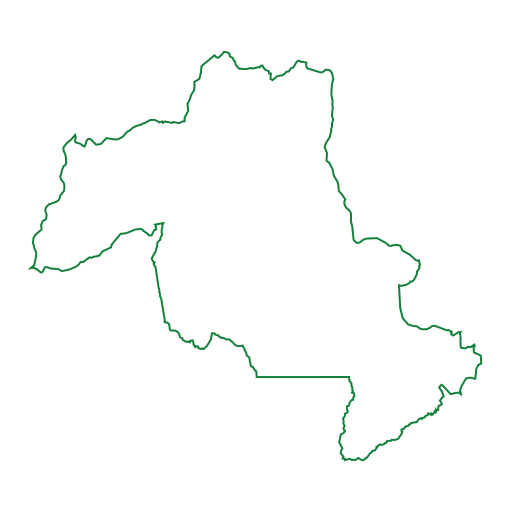 the district of Limon Indanza, Morona Santiago, Ecuador
{"feature_id": "8360857B43814367991628", "entity_name": "Limon Indanza", "entity_type": "district", "adm_level": 2, "iso_a3": "ECU", "parent_name": "Ecuador", "parent_adm1": "Morona Santiago", "projection": "robinson", "projection_center": [-78.303, -3.052], "detail": "fine", "context": "isolated", "style": "outline", "palette": "green", "viewbox_px": 512, "rotation_deg": 0, "n_neighbors": 0, "source": "geoboundaries", "source_scale": "gbopen_adm2", "svg_char_len": 5992}
<svg xmlns="http://www.w3.org/2000/svg" viewBox="0 0 512 512"><path d="M36.1,256.2L34.2,265.1L30.7,268.2L34.1,267.7L35.1,268.6L36.5,268.9L40.7,272.4L41.8,272.4L42.7,271.6L44.5,267.9L45.5,267.0L48.3,267.5L50.6,268.6L58.0,269.0L62.0,271.2L69.6,269.4L76.2,266.6L79.1,264.2L80.6,261.9L83.1,262.0L89.4,257.4L91.4,257.8L94.7,256.4L96.1,256.7L97.6,255.7L99.1,255.8L102.7,251.2L111.0,247.4L111.9,244.3L120.6,233.8L125.9,233.3L135.0,229.6L140.4,228.9L142.7,229.8L143.4,230.9L147.5,233.6L148.9,235.4L151.6,235.4L153.8,230.9L154.7,229.8L155.5,230.0L156.3,229.1L155.7,227.2L156.0,225.8L155.0,224.6L163.3,223.1L162.3,225.3L162.4,227.2L161.8,229.0L161.6,232.8L162.3,234.1L161.9,235.2L160.7,237.0L160.2,239.9L159.0,240.7L157.3,243.0L157.2,245.6L155.6,251.4L151.7,258.4L152.6,260.7L153.9,262.3L154.5,262.4L153.6,263.8L154.8,266.3L155.5,266.8L158.5,287.0L159.5,290.8L159.2,292.1L159.9,293.6L160.0,296.2L161.2,298.6L164.8,320.3L164.5,321.8L165.2,322.5L166.3,322.2L168.7,323.6L169.2,324.6L169.8,329.2L170.6,330.4L174.6,330.6L176.8,331.2L179.2,333.8L179.8,336.7L180.6,337.6L182.2,338.1L182.7,339.8L186.3,341.9L187.2,341.6L188.4,342.0L189.1,341.5L190.0,342.2L190.4,340.8L192.6,340.3L193.4,342.4L193.5,344.4L194.8,345.7L194.7,346.5L195.2,347.0L195.5,346.4L197.2,346.2L198.3,346.8L198.4,348.2L200.6,349.0L202.0,348.4L203.5,349.1L206.7,346.3L210.9,339.5L212.0,333.3L212.7,333.2L214.5,333.4L215.5,334.7L218.5,335.5L219.1,336.7L220.5,337.2L221.1,338.0L222.1,337.6L226.4,339.3L230.1,339.7L231.3,341.5L232.2,341.7L235.4,345.3L239.3,346.2L242.7,345.6L243.8,348.2L244.3,348.4L245.0,351.0L246.4,353.1L246.6,355.3L249.2,357.4L250.8,365.8L251.6,366.7L252.8,366.8L255.3,370.8L256.3,371.3L256.7,377.1L349.1,377.0L349.5,381.1L351.4,383.1L351.5,386.1L352.4,387.4L352.2,389.5L352.9,390.9L352.0,392.7L353.9,393.2L354.4,395.9L353.4,397.4L352.9,399.9L351.7,400.0L349.5,402.5L349.1,405.5L346.9,406.4L347.0,409.3L347.7,411.3L347.4,412.6L345.0,413.7L344.8,416.2L343.0,418.6L343.7,421.2L343.4,423.5L344.6,425.8L343.4,428.2L344.0,430.0L345.0,430.6L344.9,431.3L343.4,433.2L340.8,434.4L339.2,442.2L342.4,448.6L341.0,450.8L340.7,453.5L343.4,456.5L342.6,458.5L344.9,458.8L344.9,460.0L349.9,458.8L351.7,460.0L353.2,459.6L355.0,460.2L358.4,458.0L362.0,460.2L363.3,460.1L365.1,459.0L365.7,457.9L367.0,457.6L370.2,453.1L371.7,452.2L372.2,450.9L374.9,450.4L376.3,448.6L376.5,446.8L377.5,446.8L378.4,445.4L380.3,444.4L381.6,444.9L384.4,444.0L384.8,443.1L386.3,442.9L386.9,441.1L390.4,440.9L391.1,440.7L391.5,439.8L395.4,439.9L398.2,438.8L402.1,432.9L402.3,431.4L401.3,430.6L401.7,429.3L404.1,428.7L405.2,426.7L408.6,425.6L409.3,424.3L410.3,424.1L411.1,423.0L416.7,422.1L419.0,418.9L420.9,418.4L421.6,419.0L422.0,418.0L424.5,417.5L425.5,416.0L428.0,414.8L428.3,413.3L430.0,414.2L430.8,413.7L430.8,414.5L431.3,414.9L432.0,414.0L432.7,414.5L435.1,411.2L435.8,412.2L436.3,411.2L435.7,410.9L436.3,410.7L436.2,410.0L436.7,410.6L437.2,409.9L438.2,410.0L438.4,406.1L441.7,404.5L441.2,402.3L439.9,400.7L441.3,398.6L443.6,396.5L442.1,391.8L439.2,387.6L440.5,385.5L441.5,384.8L443.4,386.1L450.4,394.0L452.9,393.8L454.6,392.9L458.8,392.7L460.9,394.1L460.1,390.8L460.4,389.3L461.7,385.8L466.1,378.4L470.4,377.6L474.9,378.8L475.4,378.0L476.3,368.8L478.1,365.1L481.3,363.5L480.7,355.5L474.0,352.5L473.5,346.9L474.8,346.4L474.3,344.6L470.6,347.1L467.6,346.9L465.6,348.4L461.2,347.9L460.7,346.8L460.4,340.1L460.7,338.2L459.9,332.8L460.4,332.0L458.6,332.2L453.3,335.4L452.7,335.4L451.0,333.6L451.7,332.6L451.7,331.8L450.2,331.3L449.5,330.5L448.4,330.1L447.0,330.4L435.4,326.0L433.7,325.8L431.7,326.3L429.9,327.8L426.8,329.2L422.3,329.3L419.5,328.3L417.0,326.4L412.9,325.9L408.4,324.6L402.8,318.3L400.2,308.0L399.0,285.2L401.6,285.9L405.9,284.9L409.3,283.2L410.3,281.5L412.0,281.6L414.0,279.8L416.6,274.8L417.0,273.4L416.8,271.9L419.2,268.6L419.5,266.8L419.2,265.8L419.9,265.2L419.1,260.4L417.8,260.8L415.8,260.1L409.7,254.6L402.5,250.7L400.3,245.8L397.0,244.8L393.0,245.2L391.6,245.9L388.7,245.6L386.1,243.1L377.0,238.1L366.4,238.6L362.7,240.0L360.6,242.0L358.6,242.9L356.9,242.9L354.3,240.9L353.5,239.2L352.3,226.9L350.9,221.3L351.1,213.7L349.6,210.7L346.6,208.1L344.7,205.2L344.2,201.9L345.3,199.4L341.9,194.4L338.9,191.1L338.1,183.7L337.3,181.5L333.9,175.8L332.4,168.8L329.5,163.1L326.5,160.6L327.0,152.9L324.6,147.3L325.8,143.3L329.9,136.9L330.2,134.5L331.3,131.0L331.1,129.0L332.0,126.4L332.0,123.2L333.1,120.3L333.0,118.8L331.9,115.7L332.8,107.2L332.3,103.8L332.7,101.7L331.3,94.1L332.0,83.8L333.3,79.1L332.2,73.8L330.5,70.8L328.6,69.9L325.9,69.7L322.3,72.3L320.1,72.3L307.2,68.3L306.2,66.3L306.3,62.6L302.2,61.7L301.1,62.0L299.2,60.6L296.9,61.5L293.4,67.4L291.1,68.2L288.6,71.5L286.4,71.8L284.2,74.2L282.1,75.4L280.5,75.4L277.0,76.4L272.5,80.1L270.4,78.9L270.9,73.6L269.1,73.6L268.7,71.1L265.8,70.1L263.3,67.4L262.6,65.6L260.8,65.7L259.8,67.3L258.7,67.1L252.3,68.6L250.7,68.0L246.2,69.1L238.9,68.6L235.7,64.8L235.1,61.7L233.8,60.4L232.7,57.8L229.9,56.5L229.5,53.9L227.9,52.6L224.1,51.8L221.5,55.0L218.3,57.7L216.5,57.5L214.5,55.3L201.5,66.1L200.9,73.0L199.3,78.9L194.2,82.1L194.6,85.6L194.1,90.3L191.4,94.5L189.4,100.4L187.5,103.7L188.2,110.9L184.6,117.7L184.6,121.3L182.9,121.4L179.2,123.1L173.0,122.0L172.0,122.9L164.8,121.5L162.9,122.8L162.4,121.5L159.3,122.4L155.9,120.3L153.1,119.8L149.9,120.1L144.3,123.3L143.1,123.4L141.4,124.5L136.3,126.0L132.9,127.7L130.0,130.3L127.4,131.6L122.6,136.9L118.3,139.2L115.2,139.5L106.4,138.1L101.0,143.9L97.4,144.6L95.7,144.4L90.9,139.4L89.4,138.7L88.1,139.1L86.8,140.4L85.0,145.8L84.2,146.6L80.0,143.6L75.7,142.4L75.0,140.9L75.7,137.3L75.1,134.9L71.4,139.3L66.8,143.1L63.5,147.4L63.5,150.4L65.7,155.7L66.3,162.6L65.6,164.8L63.7,166.0L62.3,169.3L60.3,176.7L60.9,179.2L63.6,182.6L64.2,184.4L64.4,188.1L63.9,191.0L60.4,195.3L59.2,199.4L58.4,200.4L56.1,201.8L48.9,204.4L45.9,207.5L45.2,210.3L46.6,214.7L46.2,218.8L45.2,219.9L43.1,220.7L42.3,221.9L41.1,225.0L41.6,228.9L41.3,229.7L35.2,235.0L33.5,238.0L32.9,243.5L33.6,244.6L34.6,249.1L35.9,251.4L36.2,253.5L36.1,256.2Z" fill="none" stroke="#15803d" stroke-width="2"/></svg>